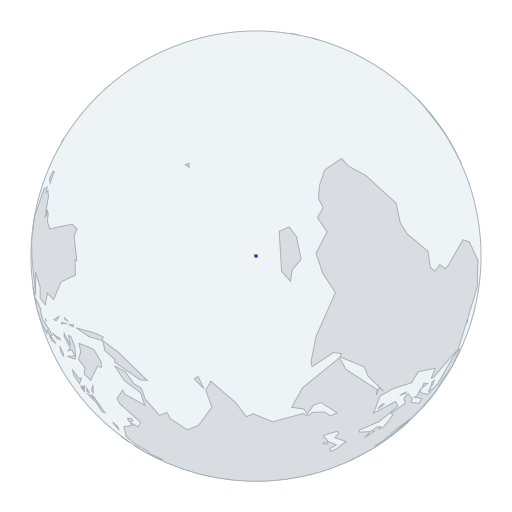 the Earth from above La Réunion, rotated 161°
{"feature_id": "FRA-4601", "entity_name": "La Réunion", "entity_type": "Overseas department", "adm_level": 1, "iso_a3": "FRA", "parent_name": "France", "parent_adm1": "", "projection": "orthographic", "projection_center": [55.548, -21.116], "detail": "fine", "context": "on_globe", "style": "filled", "palette": "violet", "viewbox_px": 512, "rotation_deg": 161, "n_neighbors": 0, "source": "natural_earth", "source_scale": "10m", "svg_char_len": 6201}
<svg xmlns="http://www.w3.org/2000/svg" viewBox="0 0 512 512"><g transform="rotate(161 256 256)"><circle cx="256" cy="256" r="225" fill="#eef3f6" stroke="#a8b0b8"/><path d="M31.7,276.5L31.8,277.1L33.5,289.8L37.1,309.3L48.4,343.0L52.1,351.7L44.5,333.7L38.6,315.0L34.3,295.9L31.7,276.5ZM143.5,451.2L143.9,451.4L150.1,454.9L143.5,451.2ZM131.7,443.8L126.9,440.4L127.3,440.5L130.8,443.0L131.7,443.8ZM204.0,36.8L192.9,39.8L188.8,41.1L188.8,41.4L175.8,46.7L169.3,49.1L174.8,45.9L166.2,49.4L167.2,48.9L185.4,42.1L204.0,36.8ZM232.5,31.9L234.4,31.8L229.0,32.5L222.0,33.3L224.4,33.4L226.2,32.9L229.4,32.7L235.1,31.8L237.6,31.7L238.7,31.4L239.7,31.3L242.5,31.1L241.7,31.3L253.4,30.7L262.4,30.8L263.5,30.8L272.3,31.3L274.9,31.5L275.1,31.5L281.5,32.2L280.5,32.2L282.4,32.4L284.4,32.5L301.4,35.3L318.1,39.4L334.4,44.8L350.3,51.4L365.6,59.2L380.3,68.1L394.3,78.2L407.4,89.2L419.7,101.3L431.1,114.2L432.8,116.4L431.7,115.4L426.7,109.0L421.7,103.6L419.0,100.5L415.6,97.9L411.6,93.4L410.8,94.1L415.9,99.3L420.4,102.8L421.5,106.1L431.6,117.9L437.5,127.7L436.5,137.6L428.3,136.2L428.8,139.2L423.1,132.8L419.2,136.2L432.8,160.6L433.7,166.4L425.7,172.6L424.8,167.9L409.7,151.0L409.6,164.3L421.1,181.1L425.2,197.7L417.4,189.4L413.0,174.9L407.6,168.5L407.2,156.3L399.1,136.8L391.2,137.0L390.0,130.2L377.7,114.0L365.3,114.6L346.8,127.6L347.2,145.5L339.5,152.3L322.9,123.9L317.6,107.2L310.2,107.8L294.2,93.8L262.5,91.7L259.3,87.9L253.1,89.7L242.0,86.2L237.6,80.6L230.3,81.3L242.5,96.5L250.5,96.1L258.9,89.9L260.6,95.7L271.5,101.3L255.0,116.2L210.1,132.6L207.9,119.6L185.0,90.2L186.9,86.8L186.9,86.4L186.8,85.8L182.5,91.6L179.3,86.7L189.1,106.0L189.8,115.8L209.4,133.4L207.0,135.8L214.0,139.5L239.0,133.1L238.6,137.7L225.5,160.3L192.8,195.5L198.5,218.3L198.3,239.1L180.9,255.7L185.4,272.3L176.8,279.9L178.2,289.9L173.0,302.0L163.2,314.9L143.3,320.4L139.7,311.4L126.2,296.6L106.3,260.3L108.8,240.8L106.0,227.9L91.9,204.5L94.9,188.2L91.7,183.4L84.8,188.0L81.4,182.5L77.5,184.4L54.9,204.0L49.7,199.7L47.5,179.8L52.7,166.5L56.6,155.0L95.4,101.7L100.3,99.5L127.1,83.7L129.8,83.5L123.1,91.6L140.4,93.7L150.1,85.5L169.3,85.9L184.3,83.2L196.0,69.1L171.4,73.0L170.7,67.8L193.2,59.4L215.2,57.7L215.6,55.7L204.7,52.7L212.8,48.8L201.2,51.6L203.7,53.0L196.5,55.1L193.9,54.1L196.8,52.5L191.1,52.7L178.4,61.0L179.6,63.3L162.6,68.2L162.8,72.8L157.1,76.5L154.6,70.2L157.1,67.1L150.0,63.7L145.7,67.1L152.2,71.0L148.9,71.5L143.2,77.3L144.8,73.3L138.9,69.2L125.5,76.3L103.3,95.7L96.6,100.7L93.4,101.9L106.8,87.5L120.2,78.1L125.2,73.9L127.0,71.5L130.9,69.2L133.3,67.4L138.8,64.3L151.1,57.2L157.4,54.4L166.5,49.5L171.0,47.6L164.3,50.9L163.0,52.0L179.2,46.8L183.6,45.2L188.2,42.7L192.1,42.0L194.5,40.3L205.9,37.6L194.0,39.9L199.2,38.1L208.4,35.8L208.1,35.9L232.5,31.9ZM78.3,123.7L76.3,127.2L78.3,123.7ZM236.3,63.9L250.9,64.3L248.2,57.2L253.6,57.0L250.7,54.9L247.9,56.7L241.4,51.4L249.1,49.7L249.3,47.2L244.3,47.0L231.3,51.3L240.6,58.5L235.5,61.5L236.3,63.9ZM147.3,58.7L145.8,59.8L141.9,62.3L129.4,69.7L135.6,65.6L135.0,66.0L147.3,58.7ZM135.2,79.5L137.7,78.9L142.2,77.1L138.7,81.1L135.2,79.5ZM130.8,76.8L133.4,75.4L130.6,79.4L128.0,80.4L130.8,76.8ZM137.2,71.5L133.8,75.0L134.0,73.7L137.2,71.5ZM167.0,49.8L170.0,48.5L169.5,49.0L166.7,50.3L167.0,49.8ZM190.5,71.9L184.8,75.0L183.1,74.2L185.4,73.2L190.5,71.9ZM159.5,77.4L165.5,77.5L158.5,78.5L159.5,77.4ZM290.5,361.5L293.0,365.5L289.2,365.4L290.5,361.5ZM236.8,233.2L226.0,271.8L215.3,272.7L211.5,261.4L214.3,238.2L226.3,231.1L231.6,221.0L236.8,233.2ZM454.7,255.1L457.5,258.9L457.2,259.8L454.7,255.1ZM451.9,248.6L455.4,252.1L451.0,250.4L451.9,248.6ZM456.7,253.5L460.3,254.9L461.8,254.7L461.3,256.5L456.7,253.5ZM449.3,246.6L433.6,235.7L426.9,229.1L428.9,226.2L439.8,233.7L449.3,246.6ZM428.4,225.8L417.5,209.8L399.4,173.8L405.9,176.7L424.2,201.6L423.1,204.2L429.7,215.7L428.4,225.8ZM453.0,222.1L451.8,231.0L443.6,224.1L439.6,219.9L436.9,206.1L438.4,201.1L441.8,203.4L452.7,192.3L456.9,200.3L454.2,205.8L457.5,216.4L453.0,222.1ZM348.4,147.4L354.4,159.9L350.0,160.9L348.4,147.4ZM455.3,182.7L452.1,187.3L454.4,179.6L455.3,182.7ZM455.6,174.6L456.7,178.9L454.2,173.4L455.6,174.6ZM430.4,144.4L426.9,143.1L425.9,140.3L429.8,140.4L430.4,144.4ZM442.0,136.3L445.2,143.7L445.7,145.8L442.5,140.1L442.0,136.3ZM399.3,429.8L401.4,428.0L403.3,426.4L399.3,429.8ZM419.3,401.3L426.8,392.2L426.1,396.5L420.1,402.3L419.3,401.3ZM442.2,348.8L419.5,346.0L416.5,340.0L421.5,333.9L427.1,309.7L428.5,311.3L432.9,296.8L448.7,294.9L461.4,280.9L465.3,288.8L471.2,278.4L473.7,286.7L470.3,296.7L469.7,312.7L477.1,290.7L469.0,325.4L463.4,342.9L452.8,365.0L434.4,388.7L431.0,389.2L433.8,384.5L431.4,385.6L432.8,380.0L440.4,366.1L437.8,367.3L443.4,361.0L438.2,365.2L442.1,355.9L442.2,348.8ZM461.4,263.3L465.9,259.9L467.7,261.6L461.4,263.3ZM477.0,299.6L477.6,296.3L479.3,282.8L478.0,286.0L476.7,275.7L477.8,273.1L478.3,265.0L475.3,253.5L474.7,247.3L476.3,247.5L473.5,238.4L476.7,242.6L477.4,254.2L478.9,250.8L480.3,259.1L480.7,268.8L479.9,281.2L479.7,282.6L478.2,293.1L477.0,299.6ZM475.5,262.5L476.0,263.6L475.3,265.4L475.5,262.5ZM469.3,241.7L469.0,244.0L468.0,240.5L469.3,241.7ZM470.7,242.2L473.4,249.6L470.3,243.9L470.7,242.2ZM459.6,220.4L460.8,227.4L464.6,227.6L461.6,229.9L463.6,242.4L462.5,245.2L460.7,231.9L459.0,242.0L457.3,240.1L456.9,229.7L459.0,220.2L460.7,217.3L467.2,222.6L459.6,220.4ZM470.9,235.0L470.0,227.0L470.6,223.5L471.6,228.3L470.9,235.0ZM466.5,207.7L463.0,197.3L460.8,197.4L464.4,192.8L467.3,203.5L466.5,207.7ZM462.1,189.1L460.1,189.1L461.6,185.9L462.1,189.1ZM459.1,186.0L457.9,180.8L460.0,183.5L459.1,186.0ZM463.4,190.7L462.2,182.9L464.1,188.8L463.4,190.7ZM454.6,169.2L460.6,181.4L454.4,172.5L449.9,157.0L452.2,158.9L454.6,169.2ZM440.8,127.1L442.6,129.8L436.9,121.8L436.3,120.9L440.8,127.1Z" fill="#d9dde1" stroke="#a8b0b8" stroke-width="1"/><path d="M256.9,256.0L257.1,256.0L257.1,256.3L257.0,256.6L257.0,256.8L256.9,256.9L256.7,256.9L256.6,257.0L256.4,257.0L256.2,257.0L256.0,256.9L255.8,256.9L255.7,256.8L255.5,256.7L255.4,256.6L255.2,256.6L255.1,256.4L255.1,256.2L254.9,255.9L254.8,255.7L255.0,255.5L255.0,255.4L255.1,255.2L255.3,255.1L255.5,255.0L255.8,255.0L256.0,255.1L256.4,255.1L256.5,255.2L256.5,255.3L256.6,255.5L256.7,255.8L256.8,255.8L256.9,256.0Z" fill="#8b5cf6" stroke="#5b21b6" stroke-width="1.5"/></g></svg>